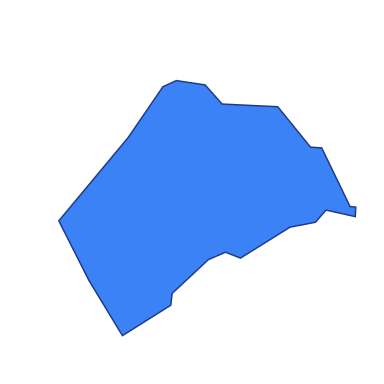 the district of Bor South, Jonglei, South Sudan, rotated 59°
{"feature_id": "79223893B93297305003737", "entity_name": "Bor South", "entity_type": "district", "adm_level": 2, "iso_a3": "SSD", "parent_name": "South Sudan", "parent_adm1": "Jonglei", "projection": "equal_earth", "projection_center": [32.094, 6.474], "detail": "fine", "context": "isolated", "style": "filled", "palette": "blue", "viewbox_px": 384, "rotation_deg": 59, "n_neighbors": 0, "source": "geoboundaries", "source_scale": "gbopen_adm2", "svg_char_len": 459}
<svg xmlns="http://www.w3.org/2000/svg" viewBox="0 0 384 384"><g transform="rotate(59 192 192)"><path d="M214.7,325.9L279.3,325.6L278.1,268.5L268.7,261.2L258.4,212.9L260.8,194.4L273.6,184.5L272.6,126.2L281.5,101.7L276.5,86.5L297.2,64.7L289.3,59.4L285.9,64.0L221.0,58.1L214.6,67.3L163.1,74.6L162.9,74.9L132.1,120.9L107.0,125.6L88.4,148.1L86.8,162.7L97.2,185.4L112.5,218.8L148.1,321.0L214.7,325.9Z" fill="#3b82f6" stroke="#1e3a8a" stroke-width="1.5"/></g></svg>